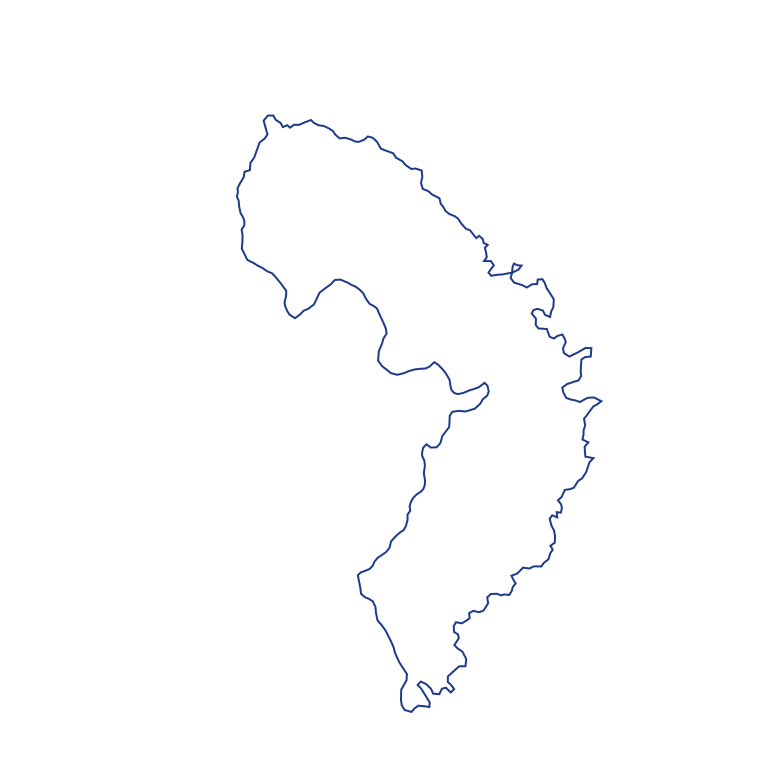 Edealina, Goiás, Brazil, rotated 321°
{"feature_id": "56859067B36713629939806", "entity_name": "Edealina", "entity_type": "district", "adm_level": 2, "iso_a3": "BRA", "parent_name": "Brazil", "parent_adm1": "Goiás", "projection": "orthographic", "projection_center": [-49.745, -17.405], "detail": "fine", "context": "isolated", "style": "outline", "palette": "blue", "viewbox_px": 768, "rotation_deg": 321, "n_neighbors": 0, "source": "geoboundaries", "source_scale": "gbopen_adm2", "svg_char_len": 4943}
<svg xmlns="http://www.w3.org/2000/svg" viewBox="0 0 768 768"><g transform="rotate(321 384 384)"><path d="M462.7,102.3L456.2,103.6L453.0,110.9L450.5,116.7L445.6,118.2L439.3,118.0L434.6,120.9L425.7,126.3L419.4,128.1L414.3,133.4L409.2,131.3L405.3,134.9L398.7,137.3L393.3,139.7L391.2,143.0L387.5,145.9L386.5,149.9L383.2,154.8L380.0,161.1L379.5,165.5L378.0,169.6L375.1,172.9L370.5,174.4L367.7,179.4L362.7,185.2L358.7,189.2L357.5,194.4L355.9,201.5L358.7,207.7L360.5,212.9L362.3,216.7L364.3,223.2L366.7,227.5L367.1,233.9L367.1,241.5L366.7,250.0L363.3,254.0L358.0,258.0L356.1,261.5L354.7,266.6L354.2,270.6L356.3,276.9L362.5,277.1L367.9,276.5L372.4,277.9L379.4,278.1L384.2,276.0L391.2,272.5L397.3,272.6L405.3,273.0L411.2,272.2L415.8,275.4L419.6,282.5L421.0,286.4L422.9,289.8L424.3,294.5L425.0,300.0L423.7,306.0L423.2,312.5L425.0,316.8L426.1,320.8L424.3,327.1L423.3,331.2L421.9,336.8L420.2,342.3L417.6,346.6L412.6,348.1L407.5,351.6L400.7,355.2L394.1,362.1L393.8,369.3L395.1,374.5L396.2,379.9L400.1,385.2L406.3,388.1L411.6,389.7L416.6,391.8L420.4,394.1L426.3,398.2L430.3,399.1L436.8,398.7L438.2,402.9L438.8,409.0L438.8,413.9L438.2,418.5L437.3,422.6L434.6,427.0L432.7,431.1L432.9,435.1L434.9,438.2L439.7,440.8L446.8,442.8L450.2,444.3L455.7,446.2L462.9,446.4L463.3,450.5L460.7,455.7L456.9,458.0L451.2,458.0L446.5,459.9L438.9,460.3L430.1,456.7L424.9,451.7L419.6,448.6L415.0,450.1L411.6,454.1L407.5,458.5L396.7,461.1L390.4,465.5L385.0,466.3L380.4,462.8L379.1,457.6L374.3,458.2L371.2,460.6L368.5,463.5L367.1,469.0L364.4,473.2L358.8,478.4L355.2,484.7L352.1,488.2L348.6,490.3L344.9,490.9L339.9,490.3L335.1,490.9L330.6,492.6L326.8,495.3L324.7,499.0L320.1,500.3L316.7,504.5L311.7,508.1L307.6,509.9L303.4,509.5L299.0,509.5L290.5,510.7L285.3,514.7L280.2,515.9L276.4,515.7L270.0,515.1L265.2,515.9L260.5,518.2L256.5,518.7L252.0,517.4L247.4,515.8L243.3,516.2L241.2,520.1L237.5,527.2L234.1,532.7L235.1,537.9L237.2,541.6L238.5,546.0L237.1,551.8L233.5,557.2L230.3,563.4L230.4,571.4L229.9,577.6L228.5,583.6L227.5,588.4L225.6,595.2L223.4,599.7L222.1,604.5L220.7,610.3L219.9,617.6L219.3,623.8L215.1,628.4L205.0,632.4L198.3,640.3L195.6,644.9L194.9,650.3L198.9,656.1L203.6,655.3L208.3,655.7L213.4,660.7L215.9,663.6L219.1,660.3L220.5,649.7L221.2,643.9L220.7,639.1L225.3,638.4L228.0,644.0L228.7,650.7L227.3,655.5L231.8,659.9L237.2,657.3L241.0,659.0L241.7,665.7L246.5,665.3L246.7,659.7L246.1,655.7L249.6,651.5L255.8,651.1L264.7,650.7L269.7,654.6L274.9,649.4L276.5,641.3L274.8,635.9L274.4,631.2L282.2,628.6L283.9,625.1L282.4,620.7L285.8,616.1L290.0,614.4L293.9,619.0L298.6,619.6L303.0,620.0L306.0,615.6L310.6,616.5L314.3,621.2L318.7,622.7L326.9,620.0L330.0,614.8L334.8,614.4L339.8,618.1L341.8,621.7L345.1,623.3L348.5,626.7L352.7,625.4L356.4,622.8L360.8,621.9L361.4,617.5L362.4,613.2L368.3,615.2L376.5,614.2L380.7,618.8L385.7,620.0L391.4,624.8L395.7,623.6L401.5,623.7L406.7,620.2L410.8,619.0L411.6,614.4L416.8,614.8L420.8,610.4L423.9,605.0L425.1,599.2L427.9,593.0L432.1,591.9L434.7,596.7L437.6,592.3L440.4,595.3L444.0,592.6L445.9,589.2L446.0,583.8L450.9,583.6L457.9,580.1L462.4,582.8L466.3,584.1L473.8,581.5L478.3,582.0L485.5,579.8L489.5,577.3L494.2,574.2L500.1,573.4L494.8,567.2L497.8,562.7L500.5,559.0L506.1,557.9L503.3,552.1L507.3,548.8L509.8,545.7L514.3,542.8L517.6,536.8L521.4,536.1L525.2,535.1L528.8,534.1L532.7,533.2L537.1,534.0L542.1,534.1L538.7,526.6L533.7,523.0L528.8,521.9L525.0,521.4L522.7,517.6L518.9,513.0L516.9,509.4L518.0,503.6L520.3,499.0L526.4,499.3L533.0,501.8L537.5,503.7L542.3,501.8L545.1,497.6L549.2,493.1L552.8,489.2L557.4,489.7L561.9,492.8L567.7,486.6L563.3,482.8L554.4,481.4L545.3,479.3L543.3,473.2L545.5,468.9L551.5,466.0L553.0,462.2L553.8,457.8L549.1,455.8L544.7,455.6L542.5,451.6L545.1,443.7L539.0,438.0L539.1,433.5L543.2,428.9L543.2,422.2L546.7,420.6L550.5,422.1L553.7,426.8L552.7,431.6L555.2,436.4L559.4,433.0L564.1,430.7L569.3,425.0L570.2,417.2L570.7,411.8L572.5,406.8L573.1,402.3L569.2,399.6L565.8,402.7L562.0,399.7L555.7,398.9L553.6,394.1L548.9,387.1L549.1,381.4L553.6,378.1L549.5,375.8L545.0,373.4L541.4,370.8L535.4,367.3L535.4,363.1L540.2,361.8L544.0,361.0L544.4,355.8L539.2,351.4L543.6,350.2L546.1,346.0L548.2,341.6L552.1,341.2L550.2,337.0L552.0,333.5L551.2,328.7L547.5,328.7L547.5,324.2L547.6,318.7L545.4,315.0L545.0,308.5L545.6,302.0L544.6,298.2L541.8,293.1L540.7,288.6L541.5,284.0L541.5,279.6L544.0,274.6L542.2,270.6L540.6,266.9L539.8,262.0L536.9,256.8L539.3,251.0L543.8,247.5L547.6,241.9L544.2,236.5L540.5,234.0L538.5,227.2L538.5,222.5L535.8,215.9L536.3,210.4L532.9,204.8L529.7,199.2L531.0,191.3L530.1,185.4L527.2,181.5L522.7,181.7L516.8,180.0L514.1,177.3L512.2,173.2L508.8,168.2L504.1,165.2L503.1,159.8L503.5,155.1L502.1,150.9L499.7,145.8L495.8,141.5L493.8,136.9L493.4,132.9L486.8,130.7L481.1,129.2L477.2,125.9L472.3,125.7L471.7,122.0L467.1,120.7L467.9,116.1L466.1,110.4L466.9,105.7L462.7,102.3ZM553.6,378.1L560.6,379.8L565.4,378.5L562.5,375.8L560.8,372.2L557.4,374.1L553.6,378.1Z" fill="none" stroke="#1e3a8a" stroke-width="2"/></g></svg>